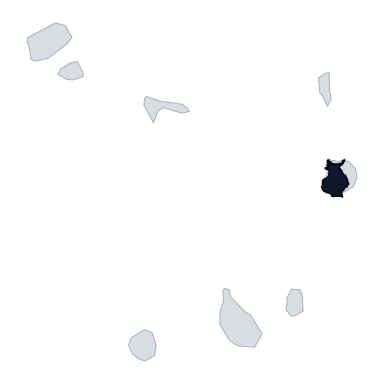 Santa Isabel, Boa Vista, Cabo Verde (highlighted)
{"feature_id": "66160863B6342114798882", "entity_name": "Santa Isabel", "entity_type": "district", "adm_level": 2, "iso_a3": "CPV", "parent_name": "Cabo Verde", "parent_adm1": "Boa Vista", "projection": "robinson", "projection_center": [-22.884, 16.099], "detail": "fine", "context": "in_parent", "style": "filled", "palette": "ink", "viewbox_px": 384, "rotation_deg": 0, "n_neighbors": 0, "source": "geoboundaries", "source_scale": "gbopen_adm2", "svg_char_len": 5840}
<svg xmlns="http://www.w3.org/2000/svg" viewBox="0 0 384 384"><path d="M262.1,334.0L254.6,347.0L238.1,346.0L229.6,340.6L219.7,324.2L220.1,311.5L223.6,300.5L223.0,290.9L224.4,288.4L229.5,290.0L230.3,296.5L245.3,312.2L250.8,315.3L262.1,334.0ZM48.3,58.2L36.2,61.1L31.1,59.7L29.5,48.4L27.1,41.0L27.6,37.6L55.4,23.0L65.2,25.5L72.0,37.1L67.3,43.6L48.3,58.2ZM327.6,159.1L338.0,161.7L341.9,160.8L348.5,161.3L355.6,168.8L356.9,176.7L353.4,186.7L339.7,194.8L331.8,193.9L322.5,186.4L327.8,171.7L327.6,159.1ZM154.6,355.5L144.9,361.0L138.1,358.6L131.7,353.0L128.6,344.9L131.2,337.9L144.2,329.7L152.0,332.3L156.2,345.1L154.6,355.5ZM182.5,104.3L187.6,108.5L189.3,111.5L181.6,113.0L163.2,107.6L158.2,110.9L153.3,122.7L143.9,104.9L144.6,98.3L146.6,96.4L159.7,101.1L182.5,104.3ZM294.7,315.6L291.3,316.2L286.1,309.8L287.2,300.9L286.7,298.5L291.3,289.1L300.3,289.9L302.6,296.9L303.0,311.4L294.7,315.6ZM83.3,76.5L73.1,79.9L66.8,79.4L57.8,74.4L60.7,69.0L70.5,62.9L77.3,61.7L82.8,72.4L83.3,76.5ZM331.3,99.1L327.3,106.4L322.5,95.7L319.8,93.1L318.6,77.8L325.8,73.2L329.2,72.8L329.3,88.7L331.3,99.1Z" fill="#d9dde1" stroke="#a8b0b8" stroke-width="1"/><path d="M344.3,161.1L344.4,160.8L344.6,160.8L344.6,160.7L344.4,160.6L344.1,160.8L344.2,160.4L343.8,160.8L343.7,160.8L343.6,160.7L343.7,160.2L343.2,160.2L343.2,160.4L343.1,160.6L343.3,160.8L343.1,160.9L342.8,160.9L342.8,161.1L343.0,161.2L343.0,161.4L343.0,161.5L342.9,161.5L343.0,161.6L342.9,161.7L342.9,162.0L342.7,162.1L342.5,162.3L342.2,162.7L342.0,162.8L341.7,163.0L341.1,163.2L340.6,163.4L340.3,163.3L340.1,163.5L339.3,163.7L339.1,163.7L338.9,163.8L338.6,163.8L338.3,164.0L337.5,163.9L336.1,164.1L335.3,164.1L335.2,164.1L334.9,164.0L334.7,164.1L333.3,163.9L332.7,163.6L332.1,163.4L331.6,163.2L331.3,163.0L331.0,162.8L330.7,162.5L330.7,162.4L330.8,162.0L330.7,162.0L330.7,161.9L330.4,161.8L330.2,161.9L329.9,161.7L329.2,161.1L328.8,161.0L328.7,160.9L328.6,160.7L328.8,160.3L328.7,160.0L328.1,160.1L327.6,160.3L327.4,160.6L327.3,161.4L327.3,161.5L327.5,161.4L327.6,161.5L327.7,162.1L327.6,162.5L327.4,162.8L327.4,163.0L327.5,163.2L327.7,163.4L328.1,163.5L328.4,163.7L328.6,164.1L328.4,164.5L328.2,164.5L327.9,164.7L328.0,164.7L327.9,164.7L328.0,164.8L327.9,164.8L328.0,164.8L327.9,164.8L328.0,164.8L327.9,164.9L327.7,165.1L327.8,165.1L327.9,165.3L328.0,165.4L328.0,165.5L327.9,165.6L327.9,165.9L327.7,166.0L327.6,165.9L327.6,166.2L327.6,166.4L327.6,166.6L327.5,166.9L327.4,167.0L327.2,167.3L326.9,167.2L326.8,167.3L326.7,167.5L327.1,167.5L327.3,167.9L327.5,167.9L327.6,168.0L327.7,167.9L327.8,168.0L327.9,168.4L328.0,168.7L328.1,169.2L328.5,169.7L328.9,170.5L329.1,171.3L329.1,172.0L329.1,172.6L328.7,173.7L328.8,174.0L329.0,174.4L329.0,174.8L328.7,175.9L328.6,176.0L328.4,176.3L328.0,176.7L327.9,176.7L327.1,177.5L326.6,178.0L326.3,178.5L325.7,178.9L325.3,179.1L325.1,179.0L325.0,178.9L324.8,179.0L324.7,178.8L324.6,179.0L324.4,179.2L324.2,179.2L324.0,179.3L323.9,179.4L323.9,179.5L323.7,179.5L323.6,179.8L323.4,179.9L323.4,180.0L323.3,180.3L323.1,180.3L323.1,180.5L322.9,180.6L322.8,180.9L322.7,180.9L322.7,181.0L322.7,181.5L322.8,181.5L322.9,181.8L323.0,182.0L322.9,182.0L323.0,182.1L323.0,182.4L322.9,182.9L322.5,183.1L322.3,183.5L322.3,183.8L322.5,184.3L322.4,184.9L322.1,186.1L321.6,186.8L321.7,187.0L321.8,187.5L322.1,188.0L322.1,188.4L322.2,188.5L322.3,189.1L322.5,189.6L322.9,189.9L323.3,190.6L323.8,191.0L324.9,191.7L327.0,192.6L327.8,192.9L329.0,193.1L330.4,193.5L330.8,193.9L331.1,194.3L331.1,194.6L331.2,194.9L331.3,194.9L331.5,195.0L331.7,195.4L331.7,195.9L332.1,196.2L332.2,196.4L332.7,196.6L333.7,196.4L335.8,196.2L337.8,196.1L339.0,196.2L340.7,196.3L341.1,196.4L341.7,196.7L341.8,196.8L342.2,196.9L342.4,197.0L342.9,197.4L342.7,197.1L342.6,196.8L342.4,196.5L342.2,196.2L342.2,195.3L342.1,195.0L341.9,193.9L341.8,193.2L341.7,192.7L341.5,192.3L341.6,192.0L341.8,191.6L342.0,191.5L341.9,191.0L342.0,190.8L342.3,190.5L342.5,190.4L342.8,190.5L342.8,190.3L343.1,190.0L343.4,190.1L343.6,190.0L343.6,189.9L344.1,189.6L344.4,188.9L344.4,188.3L344.6,188.2L344.8,187.9L345.2,187.6L345.5,187.6L345.8,187.1L346.1,187.1L346.6,186.9L347.3,186.8L347.3,186.4L347.4,186.0L347.3,185.9L347.3,185.6L347.4,185.3L348.0,184.6L348.3,184.4L348.5,184.4L348.7,184.1L348.6,183.5L348.5,183.2L348.2,182.9L348.2,182.7L347.8,182.6L347.8,182.2L347.5,181.9L347.5,181.6L347.5,181.4L347.6,181.2L347.8,181.0L347.8,180.9L347.6,180.7L347.4,180.7L347.3,180.4L347.3,180.0L347.4,179.9L347.4,179.6L347.2,179.5L347.0,179.4L346.8,179.4L346.6,179.2L346.6,178.8L346.7,178.6L347.0,178.7L347.1,178.3L346.8,178.1L346.3,178.1L346.3,177.9L346.2,177.7L345.7,177.5L345.7,177.1L345.8,177.0L345.7,176.9L345.7,176.7L345.9,176.5L345.8,176.3L345.3,176.1L345.3,175.1L345.0,175.1L344.8,175.0L344.6,175.1L344.4,175.1L344.2,174.9L343.8,174.7L343.7,174.7L343.4,174.4L343.3,174.2L343.2,173.9L342.8,173.4L342.6,173.3L342.4,173.1L342.3,172.8L342.2,172.6L342.4,172.3L342.3,172.1L342.4,171.9L342.3,171.7L342.0,171.7L341.9,171.3L341.7,171.2L341.4,170.8L341.5,170.8L341.5,170.7L341.4,170.5L341.3,170.2L341.2,170.2L341.1,169.8L340.8,169.5L340.7,169.5L340.7,169.4L340.5,169.1L340.3,169.1L340.2,169.1L339.9,168.9L339.9,169.0L339.7,169.0L339.4,169.0L339.1,168.6L338.9,168.6L338.9,168.4L339.1,167.7L339.4,167.0L339.6,166.9L339.8,166.5L340.1,166.3L340.2,165.9L340.4,165.7L340.7,165.5L340.9,165.1L341.1,165.1L341.3,165.0L341.8,164.5L342.0,164.7L342.5,164.1L342.9,163.7L343.0,163.4L343.4,163.2L343.4,162.9L343.4,162.4L343.7,162.0L344.0,161.5L344.3,161.1ZM325.6,167.8L325.4,167.8L325.3,168.3L325.5,168.3L325.6,168.5L325.8,168.5L325.8,168.8L326.0,169.2L326.1,169.3L326.2,169.2L326.3,169.3L326.4,169.2L326.4,169.3L326.5,169.3L326.7,169.5L326.9,169.4L327.0,169.3L326.9,169.2L327.1,169.1L326.9,169.0L326.8,168.8L326.7,168.6L326.6,168.4L326.3,168.4L326.2,168.3L326.2,168.2L325.9,168.0L325.8,167.9L325.7,167.9L325.6,167.8Z" fill="#0f172a" stroke="#020617" stroke-width="1.5"/></svg>